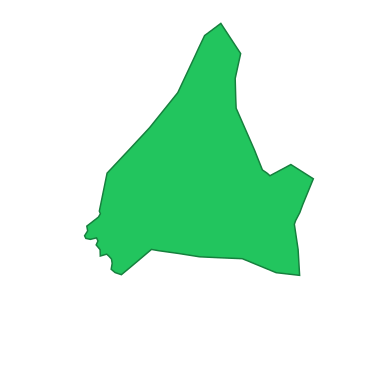 the district of São Julião, Piauí, Brazil, rotated 238°
{"feature_id": "56859067B17966714398568", "entity_name": "São Julião", "entity_type": "district", "adm_level": 2, "iso_a3": "BRA", "parent_name": "Brazil", "parent_adm1": "Piauí", "projection": "equal_earth", "projection_center": [-40.828, -7.071], "detail": "fine", "context": "isolated", "style": "filled", "palette": "green", "viewbox_px": 384, "rotation_deg": 238, "n_neighbors": 0, "source": "geoboundaries", "source_scale": "gbopen_adm2", "svg_char_len": 891}
<svg xmlns="http://www.w3.org/2000/svg" viewBox="0 0 384 384"><g transform="rotate(238 192 192)"><path d="M64.3,239.1L83.7,249.7L87.0,251.5L110.4,261.7L112.9,264.8L114.9,268.2L117.4,272.5L122.6,279.2L138.9,301.9L162.9,290.4L164.5,266.7L167.8,265.8L173.4,263.4L187.9,266.0L194.4,267.2L235.4,273.2L239.6,273.8L247.7,278.4L265.4,288.8L283.6,306.6L314.3,305.9L319.7,305.8L318.0,285.6L310.6,274.0L305.8,266.7L303.4,263.0L283.8,232.6L269.0,190.1L261.2,161.1L257.8,148.2L253.0,130.0L224.9,103.3L222.1,102.8L220.3,99.3L218.8,84.7L214.3,82.9L211.8,77.7L208.9,77.4L205.7,80.7L203.7,86.7L200.3,86.3L197.9,82.7L191.8,83.5L186.3,80.3L184.5,86.7L181.8,87.5L177.9,88.2L173.8,86.5L169.3,82.5L164.4,84.1L159.3,88.3L161.2,102.2L164.8,127.2L160.0,132.5L146.6,148.5L133.1,164.0L123.2,178.3L121.0,181.5L108.8,199.3L96.1,208.4L79.0,220.6L64.3,239.1Z" fill="#22c55e" stroke="#15803d" stroke-width="1.5"/></g></svg>